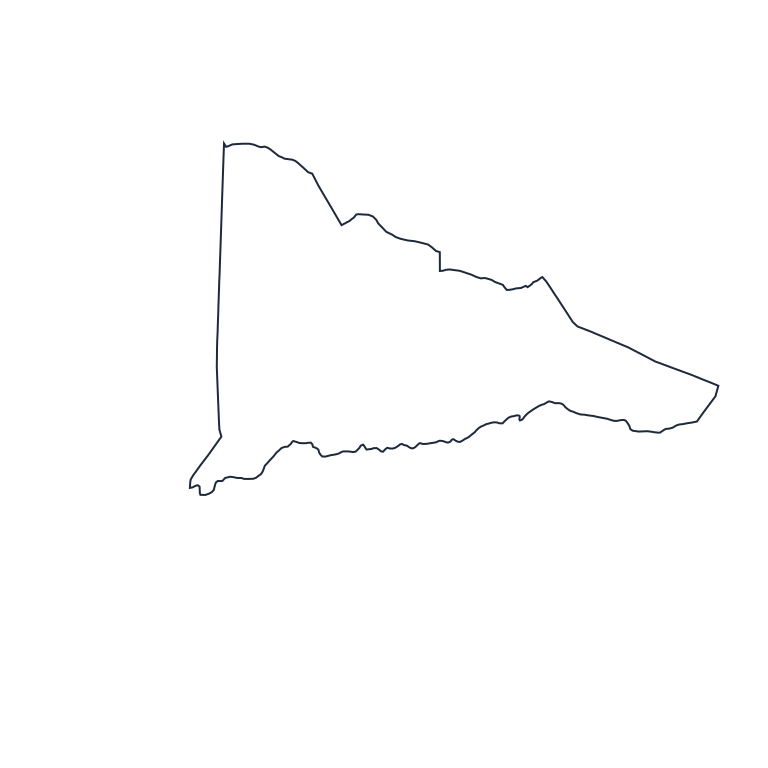 Astacinga, Puebla, Mexico (Mercator projection), rotated 37°
{"feature_id": "50627088B26484919164415", "entity_name": "Astacinga", "entity_type": "district", "adm_level": 2, "iso_a3": "MEX", "parent_name": "Mexico", "parent_adm1": "Puebla", "projection": "mercator", "projection_center": [-97.094, 18.555], "detail": "fine", "context": "isolated", "style": "outline", "palette": "slate", "viewbox_px": 768, "rotation_deg": 37, "n_neighbors": 0, "source": "geoboundaries", "source_scale": "gbopen_adm2", "svg_char_len": 4389}
<svg xmlns="http://www.w3.org/2000/svg" viewBox="0 0 768 768"><g transform="rotate(37 384 384)"><path d="M291.5,583.8L293.4,581.7L294.7,578.8L296.2,576.9L298.4,576.9L299.7,578.4L301.4,580.5L302.6,582.0L304.1,583.0L308.1,580.1L310.2,577.0L311.6,573.8L311.8,570.9L310.8,568.7L309.7,565.9L309.0,563.9L309.6,561.5L312.3,559.6L313.3,558.5L313.7,554.6L317.0,550.6L320.8,548.5L323.0,547.6L326.8,544.8L329.2,544.1L332.6,541.6L336.6,538.4L338.3,535.8L339.0,533.0L340.0,530.1L339.8,527.0L339.1,524.5L338.0,521.0L338.4,517.7L338.8,512.8L339.3,508.4L339.4,503.5L340.1,500.3L340.7,496.8L342.5,494.0L344.8,492.0L345.6,487.8L345.5,485.5L345.8,484.2L348.5,483.1L351.8,482.1L354.8,480.2L357.3,478.2L359.0,476.4L360.9,474.9L363.1,475.3L365.1,476.9L367.8,476.1L369.6,475.8L371.2,476.0L373.5,477.8L375.8,478.7L378.4,479.0L381.1,477.0L384.8,472.3L386.5,470.7L388.6,468.3L390.1,466.1L390.8,464.1L392.1,462.3L394.3,460.6L397.4,458.5L400.1,457.1L402.0,455.1L402.5,452.5L402.8,449.7L402.5,447.3L403.8,445.0L405.9,445.5L407.7,446.3L409.4,446.9L413.2,443.3L414.3,441.5L416.7,439.6L420.0,439.4L422.1,439.6L424.0,438.6L424.3,435.4L425.0,433.0L427.4,432.0L429.6,430.5L431.4,428.2L432.7,424.6L433.2,422.5L434.6,421.0L436.9,420.7L439.2,419.5L440.9,419.4L443.5,419.2L445.6,418.3L446.9,415.9L447.3,413.5L447.7,410.9L448.4,409.5L451.0,408.6L453.9,406.3L455.9,404.2L459.0,401.0L460.9,399.0L461.6,397.3L462.7,395.7L464.9,394.4L466.9,393.6L468.8,393.1L470.3,392.3L471.5,390.6L471.7,389.6L471.7,387.9L472.1,386.8L472.9,386.2L475.1,386.2L477.6,385.7L479.6,384.5L480.9,381.7L481.6,379.4L482.8,377.2L483.7,375.0L484.1,373.0L484.8,370.4L485.5,367.9L485.6,365.6L486.2,362.1L487.0,359.8L488.7,356.9L489.7,354.7L491.2,352.9L493.0,350.4L495.1,348.2L497.8,346.5L499.3,346.2L500.7,345.3L502.4,344.0L502.7,341.1L503.3,337.8L503.8,335.8L505.2,333.4L507.4,331.1L508.7,329.3L510.3,328.2L511.4,327.9L512.3,328.7L513.0,330.1L513.4,330.8L514.5,331.3L515.5,330.0L515.9,328.1L515.9,325.2L516.2,322.4L516.7,319.8L517.6,317.2L518.5,314.4L521.1,308.0L522.5,305.6L523.9,303.8L525.2,300.6L526.2,298.6L528.7,297.4L532.2,296.4L534.9,294.2L537.2,293.0L539.0,292.7L540.6,292.8L542.8,293.4L546.5,293.5L549.1,293.3L552.1,292.2L555.2,291.5L559.2,290.1L562.7,287.8L566.6,285.8L570.5,283.5L574.4,281.8L578.2,279.9L583.3,277.4L587.4,276.0L590.1,274.9L592.6,272.9L594.9,270.3L597.1,268.4L599.2,267.8L602.2,268.7L605.1,269.8L608.0,271.8L610.8,271.6L616.2,268.6L619.2,266.1L622.6,263.3L625.7,261.5L628.6,260.0L632.4,257.8L633.8,256.5L634.5,254.3L635.3,252.0L636.0,250.4L638.9,247.7L640.9,245.0L642.3,241.4L644.2,238.6L646.9,236.1L648.1,234.7L650.4,232.2L652.8,229.8L655.2,227.1L656.5,225.6L656.2,214.9L656.1,194.4L652.1,184.2L645.5,185.9L638.2,187.9L631.9,189.6L623.6,191.8L614.4,194.6L603.1,198.0L590.3,201.8L587.1,202.8L572.9,205.1L564.2,206.6L556.9,207.8L549.9,209.6L540.0,212.1L532.7,213.9L523.7,216.2L517.6,217.7L503.9,221.6L497.5,220.9L486.6,216.9L478.9,214.1L471.4,211.4L466.0,209.5L460.5,207.5L452.0,204.5L446.1,203.3L445.2,205.5L444.3,209.0L441.9,213.0L442.0,214.8L441.3,217.7L440.8,219.1L440.4,220.2L438.2,220.3L436.1,223.9L435.7,224.8L432.1,228.0L429.8,230.9L427.5,233.3L425.4,235.0L421.6,234.1L419.3,233.3L416.5,234.1L411.4,235.7L407.3,236.1L402.0,238.1L400.7,238.7L397.9,241.2L397.5,241.5L396.7,241.7L393.9,242.8L387.7,244.2L381.7,246.2L376.2,248.1L371.3,250.9L367.5,253.0L364.8,255.5L362.8,258.2L360.6,260.1L356.0,254.0L349.2,245.1L345.4,246.5L339.8,246.0L335.2,246.1L330.6,248.0L326.9,249.6L322.4,251.6L316.9,254.9L313.0,256.7L309.5,258.2L304.9,259.6L300.7,259.8L294.2,261.1L288.4,260.1L282.6,259.2L279.3,257.6L274.4,256.9L269.7,258.2L267.1,260.0L264.4,261.8L261.3,263.8L259.8,265.5L259.8,269.1L258.9,272.0L258.4,274.4L256.7,278.0L254.5,282.7L244.0,278.3L232.6,273.5L223.3,269.7L211.9,264.9L200.1,259.2L196.0,260.5L190.2,259.9L185.3,259.5L181.4,259.2L178.9,259.2L175.6,260.1L172.9,261.7L168.7,264.0L166.3,264.3L163.0,265.3L157.8,265.2L152.5,265.0L148.8,265.3L145.7,266.3L143.6,268.6L141.5,269.7L136.2,271.1L131.9,273.1L126.0,277.6L122.0,281.0L118.6,284.0L116.6,287.7L115.2,289.6L111.5,288.2L121.4,302.4L140.0,328.9L172.4,375.0L178.6,383.9L185.8,394.1L191.5,402.4L197.1,410.3L204.5,420.9L210.4,429.2L213.8,434.1L220.1,443.0L224.4,449.3L228.8,455.5L233.9,462.4L240.1,470.9L273.8,512.1L279.9,519.4L285.8,523.9L286.4,546.5L286.3,560.0L286.5,567.8L286.5,571.6L287.1,576.6L288.1,578.6L291.5,583.8Z" fill="none" stroke="#1e293b" stroke-width="2"/></g></svg>